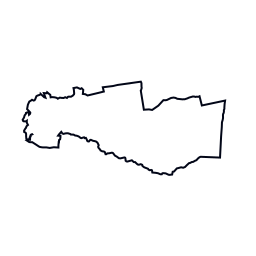 Faleata East, Gaga'emauga, Samoa, rotated 254°
{"feature_id": "51752279B54657815121204", "entity_name": "Faleata East", "entity_type": "district", "adm_level": 2, "iso_a3": "WSM", "parent_name": "Samoa", "parent_adm1": "Gaga'emauga", "projection": "albers", "projection_center": [-171.795, -13.866], "detail": "fine", "context": "isolated", "style": "outline", "palette": "ink", "viewbox_px": 256, "rotation_deg": 254, "n_neighbors": 0, "source": "geoboundaries", "source_scale": "gbopen_adm2", "svg_char_len": 3094}
<svg xmlns="http://www.w3.org/2000/svg" viewBox="0 0 256 256"><g transform="rotate(254 128 128)"><path d="M178.0,38.2L174.0,36.2L170.1,38.2L169.5,38.3L168.5,37.6L168.0,36.5L169.3,36.7L170.2,37.6L170.5,37.2L170.8,35.2L170.6,34.1L170.0,34.0L168.6,32.1L166.7,30.9L164.9,29.0L163.5,29.2L163.1,29.7L162.5,32.0L162.8,32.7L161.2,32.2L159.8,32.4L158.5,32.7L157.9,31.3L157.4,30.7L156.3,30.0L155.9,29.3L154.1,27.4L152.8,27.1L151.9,28.1L151.4,28.4L150.3,28.4L148.2,27.8L145.6,27.3L144.8,27.7L144.5,30.0L144.9,30.4L146.2,31.0L147.0,31.9L147.7,32.1L148.3,32.8L148.5,34.1L148.3,34.2L148.2,32.9L147.3,32.2L146.7,32.1L146.0,31.3L143.7,30.6L144.2,29.0L144.0,27.2L141.7,29.2L141.0,31.0L140.8,32.0L137.3,35.1L136.0,36.2L134.3,37.7L133.4,39.4L132.7,41.1L131.8,44.3L130.4,47.3L130.0,51.0L129.8,51.8L128.4,55.7L130.7,56.4L133.5,57.5L133.4,57.7L135.4,58.4L135.8,59.6L137.7,60.5L139.1,60.9L139.9,58.7L140.8,59.8L142.7,62.8L140.8,63.4L140.1,64.4L140.1,66.1L139.8,67.8L139.5,68.8L138.1,70.9L137.5,71.2L136.6,73.9L135.4,75.0L134.7,76.6L133.6,78.1L132.7,78.9L131.6,79.6L131.1,80.4L131.2,82.7L131.0,83.4L130.2,83.6L130.1,84.8L128.1,85.2L127.0,85.2L126.0,86.0L125.9,87.0L126.8,88.0L126.9,89.0L125.3,90.9L124.5,92.5L123.7,93.7L122.3,94.6L119.6,95.1L118.1,94.1L117.1,94.2L115.0,95.2L114.0,95.4L112.7,96.8L112.1,98.3L111.2,99.1L109.0,99.2L108.8,100.0L109.3,101.1L108.9,102.9L108.7,105.8L108.0,106.7L105.1,107.8L103.5,109.4L101.5,110.9L100.9,112.3L100.7,116.4L100.2,117.1L99.2,117.1L97.2,116.7L96.3,117.3L95.9,118.3L95.9,122.8L93.7,124.1L93.2,125.5L91.9,126.2L90.3,127.2L89.7,128.3L89.7,130.3L88.7,131.5L87.7,131.4L86.7,132.0L85.7,132.8L83.3,136.0L82.3,136.3L81.4,137.3L81.3,138.7L80.7,139.4L78.5,139.1L77.3,142.2L76.3,144.3L74.6,146.4L74.2,147.7L75.0,148.6L74.9,149.4L74.0,151.7L71.9,154.1L71.5,155.0L71.1,157.6L73.6,158.9L73.5,160.3L75.7,163.8L75.6,165.9L75.6,168.2L74.6,170.1L74.8,172.1L76.1,174.4L77.4,177.0L77.3,178.3L77.7,179.7L77.5,181.4L78.0,183.2L78.2,184.9L79.5,187.0L80.2,188.7L80.3,189.9L74.2,208.3L94.6,215.3L103.0,218.4L107.6,219.9L109.6,221.2L111.4,222.1L114.4,222.9L115.5,223.5L116.2,224.2L117.6,224.8L118.8,225.1L119.8,225.9L121.2,226.3L124.5,227.5L127.6,228.9L129.3,205.2L138.8,205.5L138.6,204.2L139.2,202.5L139.3,201.3L139.9,200.5L140.4,199.1L140.4,195.2L140.1,193.1L140.0,190.5L140.6,188.1L142.5,183.4L143.8,182.0L144.7,180.2L145.0,177.7L144.2,173.0L144.4,171.5L145.0,169.7L141.1,163.3L138.7,156.2L140.1,153.3L141.2,148.3L160.4,150.6L160.5,150.8L162.7,152.2L164.1,152.4L167.4,153.3L169.0,153.1L172.3,129.5L172.5,125.0L174.1,115.0L169.7,114.8L169.9,109.3L170.4,98.1L172.2,96.3L173.2,94.0L177.0,95.5L179.0,94.4L178.7,92.9L181.1,90.1L181.4,86.6L179.7,86.5L176.1,85.8L175.3,85.4L174.3,83.8L173.8,81.8L174.5,79.5L174.5,78.9L173.7,77.6L174.9,76.1L174.6,74.4L175.1,72.8L176.0,70.8L175.5,68.6L176.3,68.1L177.0,67.2L177.8,65.7L178.6,63.6L178.8,62.1L181.4,62.4L182.1,61.8L184.7,60.1L183.8,59.4L184.8,56.7L179.9,57.0L180.7,55.9L184.9,53.4L184.4,53.2L184.2,52.0L184.1,49.8L183.8,48.7L181.3,46.8L180.4,45.8L180.4,44.8L181.6,43.5L181.1,42.3L180.6,40.4L178.0,38.2Z" fill="none" stroke="#020617" stroke-width="2"/></g></svg>